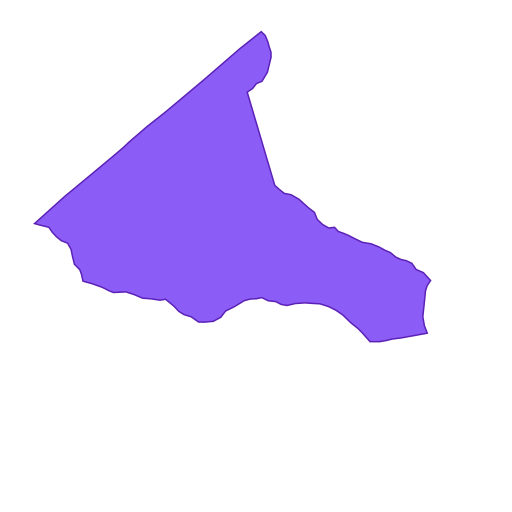 Floraí, Paraná, Brazil (Albers equal-area conic projection), rotated 50°
{"feature_id": "56859067B79639289335634", "entity_name": "Floraí", "entity_type": "district", "adm_level": 2, "iso_a3": "BRA", "parent_name": "Brazil", "parent_adm1": "Paraná", "projection": "albers", "projection_center": [-52.327, -23.332], "detail": "fine", "context": "isolated", "style": "filled", "palette": "violet", "viewbox_px": 512, "rotation_deg": 50, "n_neighbors": 0, "source": "geoboundaries", "source_scale": "gbopen_adm2", "svg_char_len": 1499}
<svg xmlns="http://www.w3.org/2000/svg" viewBox="0 0 512 512"><g transform="rotate(50 256 256)"><path d="M387.0,138.0L376.3,138.5L369.2,142.0L361.8,141.3L356.2,143.9L352.0,147.1L346.5,149.7L339.9,150.8L334.3,153.6L328.3,155.9L320.6,160.0L313.8,165.8L305.9,169.3L299.5,172.0L295.0,174.3L290.1,177.2L284.5,177.4L281.3,182.3L274.8,184.7L267.4,185.6L260.2,183.2L252.4,184.9L246.0,185.8L240.1,186.6L231.5,189.8L226.2,194.1L219.2,195.5L213.9,196.2L124.8,157.4L125.5,151.0L124.2,144.8L126.0,139.1L122.6,129.2L113.4,116.7L109.5,113.5L104.4,111.5L99.4,109.2L93.0,107.2L87.5,107.8L86.8,135.1L87.5,182.9L87.5,231.5L87.3,239.8L86.8,255.6L87.1,279.7L87.6,287.5L87.7,298.3L87.6,333.9L87.4,364.3L88.8,404.8L94.6,400.8L100.9,396.2L106.7,396.8L113.0,396.5L119.1,395.3L125.1,392.1L132.0,393.4L138.3,396.8L145.6,400.4L153.2,399.8L157.7,401.4L164.1,404.7L171.8,399.4L181.2,393.9L188.0,391.0L192.3,388.7L199.9,378.7L207.5,374.0L215.4,370.0L221.8,363.5L228.1,358.0L231.0,353.1L241.6,351.1L248.9,350.7L254.7,348.8L260.8,344.8L269.7,342.4L273.6,337.9L278.6,330.7L280.3,322.3L278.6,314.7L281.0,304.7L282.6,293.9L285.2,288.2L289.0,283.1L291.6,278.3L298.2,275.4L303.7,270.1L309.2,267.9L313.8,264.1L317.7,256.4L323.4,248.6L329.0,242.8L333.7,237.8L341.1,233.1L348.8,229.7L357.0,227.4L368.1,226.3L377.0,224.5L383.0,224.0L394.9,223.7L401.0,216.5L404.5,210.5L407.3,204.8L412.1,197.4L425.2,174.4L417.6,171.8L409.7,167.2L399.8,156.9L391.6,148.5L388.7,143.9L387.0,138.0Z" fill="#8b5cf6" stroke="#5b21b6" stroke-width="1.5"/></g></svg>